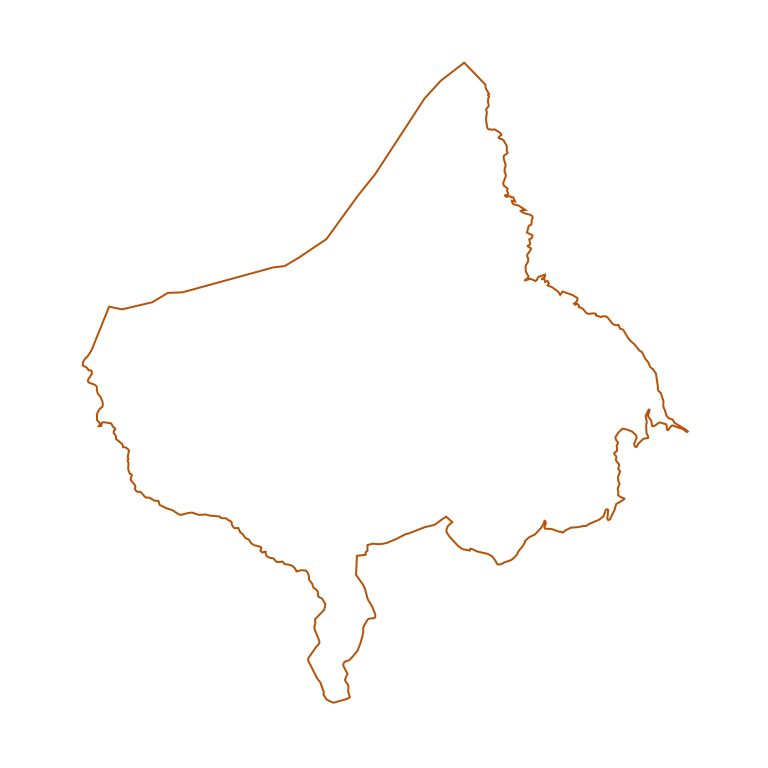 Orsova, Mehedinti, Romania (Robinson projection), rotated 175°
{"feature_id": "2599482B96117970441540", "entity_name": "Orsova", "entity_type": "district", "adm_level": 2, "iso_a3": "ROU", "parent_name": "Romania", "parent_adm1": "Mehedinti", "projection": "robinson", "projection_center": [22.398, 44.731], "detail": "fine", "context": "isolated", "style": "outline", "palette": "amber", "viewbox_px": 768, "rotation_deg": 175, "n_neighbors": 0, "source": "geoboundaries", "source_scale": "gbopen_adm2", "svg_char_len": 6142}
<svg xmlns="http://www.w3.org/2000/svg" viewBox="0 0 768 768"><g transform="rotate(175 384 384)"><path d="M471.4,80.0L469.0,75.2L466.8,73.4L462.2,70.9L449.1,73.3L445.3,74.9L446.5,80.7L445.8,85.2L446.0,87.0L448.6,92.2L448.5,93.1L445.7,98.6L448.8,106.1L449.1,107.1L448.5,109.5L447.6,110.5L446.2,111.1L442.8,111.8L438.9,115.2L433.6,120.7L430.4,127.1L427.7,133.9L426.2,139.0L426.1,142.3L424.9,145.1L420.9,150.7L419.4,151.5L414.5,151.6L413.5,152.1L412.9,153.1L412.8,155.5L415.1,163.0L419.0,171.2L420.8,181.6L422.2,185.6L428.5,196.3L425.9,215.2L417.2,215.5L416.9,218.0L415.0,219.4L414.5,225.0L409.1,225.9L403.0,224.9L399.5,224.9L394.8,225.5L385.1,228.6L375.4,232.6L372.2,233.0L355.6,237.9L347.1,239.0L344.3,240.1L337.7,244.3L333.6,246.4L328.0,240.4L332.7,237.0L334.3,233.9L334.7,231.9L333.7,229.1L331.4,225.3L324.6,216.6L320.4,212.7L313.1,210.6L312.6,212.1L311.4,212.3L305.6,209.0L295.4,205.7L291.8,203.4L290.6,201.8L288.4,198.2L287.1,195.0L286.2,194.2L282.7,194.3L280.2,195.6L272.5,197.6L270.0,199.3L266.8,202.0L264.4,205.9L260.1,210.2L257.9,213.3L256.8,215.6L252.8,218.7L246.8,220.9L239.9,227.1L237.4,230.5L236.0,233.7L235.2,233.2L234.8,231.4L236.7,227.3L236.1,225.8L229.8,225.0L221.4,221.2L220.3,221.4L218.8,220.3L216.3,222.2L210.4,224.6L202.9,224.5L197.5,225.2L195.1,224.9L192.2,226.6L181.4,230.1L177.1,232.8L174.0,239.2L173.0,239.8L172.1,239.5L171.7,238.6L173.3,230.1L172.4,228.9L170.7,229.4L165.2,238.8L163.2,244.1L157.5,246.8L154.6,248.5L154.5,248.9L158.7,251.1L160.5,253.0L160.0,256.1L160.3,258.8L160.1,260.0L158.0,264.1L159.1,267.2L159.1,270.9L156.4,276.3L158.1,279.2L157.0,281.9L156.9,283.5L159.3,287.1L159.7,288.6L158.8,290.8L159.0,291.7L160.8,294.3L160.4,295.5L157.6,297.1L157.5,302.6L156.1,304.5L156.0,305.1L157.8,308.3L158.1,310.7L157.7,311.4L154.6,315.3L150.4,318.7L146.2,317.6L141.0,315.0L137.7,311.3L136.8,308.9L140.0,302.7L139.6,300.1L138.8,299.3L137.5,299.6L136.2,302.1L130.4,306.8L125.6,307.2L125.4,308.8L126.8,312.1L126.4,320.2L125.7,322.4L125.6,324.2L126.2,329.4L122.5,335.4L121.8,335.3L121.8,334.4L123.8,329.6L123.8,328.9L120.9,323.9L120.7,319.0L120.2,318.5L118.0,318.8L113.0,321.8L106.6,319.4L106.1,318.4L106.1,313.9L105.5,313.3L104.6,313.6L101.7,317.0L100.3,317.6L90.0,312.9L86.8,310.0L86.3,309.7L85.5,310.2L88.0,312.8L96.7,319.0L98.2,320.4L99.5,323.4L103.5,325.2L105.3,327.7L106.5,333.5L107.5,336.3L107.7,337.8L107.1,342.7L109.1,351.0L111.3,353.3L111.7,355.0L111.4,357.7L112.2,370.8L114.9,375.4L117.3,377.6L118.9,382.6L121.6,386.5L124.2,393.2L126.9,395.3L131.2,401.9L134.4,405.1L136.6,408.2L141.1,417.3L144.1,418.6L145.2,422.5L147.6,422.2L150.8,423.7L155.5,430.8L157.0,432.0L160.0,432.4L162.3,431.8L166.9,433.9L166.8,435.5L169.6,436.2L173.3,436.0L176.1,436.8L179.2,441.4L182.3,443.5L183.2,443.5L183.0,445.1L184.2,446.9L184.9,447.4L186.2,446.2L187.7,447.4L185.4,448.9L183.8,451.4L183.8,452.3L184.3,453.1L188.2,456.0L198.0,460.6L200.7,457.4L201.9,459.9L203.4,461.7L208.2,465.8L212.5,468.0L210.9,470.0L212.1,472.4L214.6,471.6L215.1,474.8L217.4,474.6L217.4,475.2L215.3,476.0L214.0,477.6L214.0,479.0L220.9,477.2L222.8,474.2L224.2,473.4L228.3,475.8L230.0,475.9L234.3,474.8L234.5,475.1L230.8,477.7L230.8,479.0L232.9,483.6L232.8,487.8L232.5,489.6L230.4,492.5L229.4,494.8L229.6,497.2L230.2,498.7L230.1,500.1L226.1,505.0L225.8,506.0L226.0,506.6L228.9,508.7L228.6,509.3L226.8,509.9L226.1,511.0L226.7,515.5L224.3,516.3L223.2,518.1L223.3,519.3L228.3,522.3L226.1,528.9L223.3,530.0L222.6,534.2L221.4,536.4L221.6,538.3L224.0,540.1L227.5,541.2L231.9,543.5L232.7,544.5L230.9,545.1L228.1,545.1L234.5,550.1L238.8,551.5L239.8,552.3L240.7,554.3L240.7,555.3L237.5,554.3L239.0,558.7L241.0,558.9L241.7,559.9L242.6,560.1L245.8,559.8L247.0,560.9L246.6,561.6L244.9,561.6L243.6,562.6L244.6,566.1L243.8,567.9L247.1,570.9L247.8,573.1L247.2,575.1L244.5,580.4L244.5,582.4L245.4,584.9L244.9,588.6L244.1,589.7L243.8,591.5L245.1,598.4L244.8,600.8L240.7,603.4L241.3,605.7L241.0,610.7L243.6,616.1L245.1,617.6L247.7,618.5L248.4,619.3L247.7,620.3L245.4,621.8L245.5,622.9L247.4,625.0L251.9,628.1L254.1,627.7L255.5,628.5L257.1,628.3L258.2,629.1L258.8,630.6L259.4,638.7L257.8,645.9L258.4,648.3L257.6,649.7L255.7,651.4L255.4,653.1L255.9,655.5L255.2,659.9L254.3,661.0L255.2,663.0L254.0,663.5L256.9,669.8L257.0,673.5L276.1,697.1L301.1,681.1L318.8,664.8L374.5,593.8L393.1,574.4L428.7,533.4L458.2,517.1L472.8,510.1L484.2,509.8L576.7,492.9L591.3,493.6L607.9,485.6L638.5,481.2L651.1,485.0L671.6,444.7L673.7,441.2L677.1,437.2L680.0,434.8L682.1,431.8L682.5,428.8L681.6,427.9L679.2,426.9L676.9,423.3L674.7,423.0L674.1,422.4L674.2,419.4L678.2,414.5L678.7,412.1L677.3,410.8L672.8,408.8L671.2,407.6L670.3,406.0L670.6,403.2L669.9,399.1L667.6,396.0L665.9,390.7L665.9,387.7L666.5,385.8L668.5,384.7L670.3,382.9L672.6,379.1L673.0,373.0L671.0,370.4L670.5,368.4L671.8,366.9L669.4,366.8L668.5,369.9L667.2,370.5L659.6,368.7L658.8,367.7L657.9,365.3L655.8,363.2L655.6,362.1L656.8,361.4L657.6,358.9L655.9,356.2L655.5,354.9L655.8,352.7L649.8,346.7L649.5,343.9L646.4,343.1L643.8,340.3L645.7,333.2L645.2,331.5L646.1,329.9L645.4,327.5L646.2,322.3L646.1,320.3L645.0,316.7L643.4,316.0L643.1,315.1L644.7,311.6L644.7,310.5L641.0,305.1L640.5,303.6L641.3,301.8L641.0,300.3L640.2,299.1L639.2,298.1L636.0,297.8L631.3,291.6L629.5,291.6L627.0,290.8L623.0,287.9L618.8,287.0L618.0,283.1L611.8,279.3L605.7,276.7L600.0,272.2L598.0,271.3L590.5,272.5L586.5,272.7L579.8,269.7L573.2,269.6L569.0,268.1L559.4,266.4L558.2,264.7L552.7,263.8L551.2,262.2L547.9,260.0L547.8,257.3L546.9,255.0L545.4,253.4L541.6,253.2L540.2,248.9L537.9,246.8L535.6,242.7L532.2,240.8L530.1,236.8L527.1,234.6L521.3,232.6L520.6,231.7L520.6,230.9L521.7,228.6L520.0,226.7L517.6,227.3L516.4,227.0L516.8,225.7L515.9,222.7L513.3,221.0L509.2,219.8L506.7,216.2L502.4,215.7L501.0,216.1L499.8,215.1L498.8,213.3L494.5,212.3L491.4,211.0L489.2,208.7L487.8,206.1L487.5,204.9L482.5,205.7L478.2,205.0L476.5,202.9L475.4,198.8L475.8,195.8L473.0,191.4L471.9,187.0L469.5,185.1L468.1,183.0L468.0,177.9L464.3,175.5L461.7,170.1L461.9,168.0L463.4,164.1L473.2,155.6L473.3,151.1L474.6,148.2L474.5,145.5L470.9,134.0L471.0,131.4L474.7,127.8L483.4,117.3L483.7,115.3L476.3,96.6L473.4,92.3L470.8,82.2L471.4,80.0Z" fill="none" stroke="#b45309" stroke-width="2"/></g></svg>